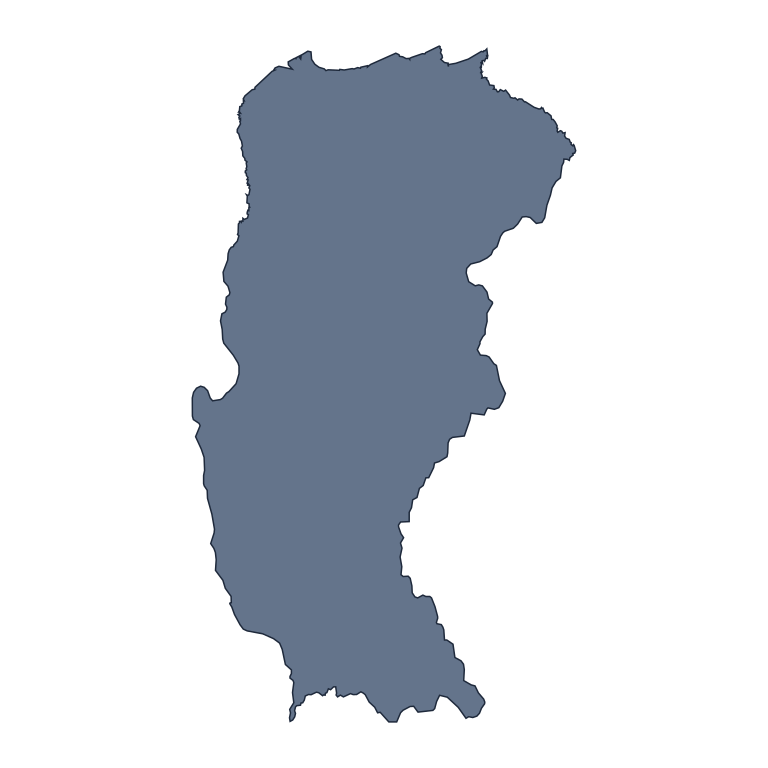 outline of Rioverde, Esmeraldas, Ecuador
{"feature_id": "8360857B16857875434642", "entity_name": "Rioverde", "entity_type": "district", "adm_level": 2, "iso_a3": "ECU", "parent_name": "Ecuador", "parent_adm1": "Esmeraldas", "projection": "equal_earth", "projection_center": [-79.313, 0.83], "detail": "fine", "context": "isolated", "style": "filled", "palette": "slate", "viewbox_px": 768, "rotation_deg": 0, "n_neighbors": 0, "source": "geoboundaries", "source_scale": "gbopen_adm2", "svg_char_len": 6016}
<svg xmlns="http://www.w3.org/2000/svg" viewBox="0 0 768 768"><path d="M487.5,54.8L486.8,48.9L484.9,50.9L484.0,50.7L483.1,51.8L481.4,51.4L468.3,59.1L455.8,63.3L448.2,64.6L448.5,66.6L447.9,64.5L448.2,63.2L444.4,62.5L440.8,59.3L442.4,57.7L442.0,55.2L440.5,52.9L441.4,49.6L440.0,48.4L440.1,46.6L439.2,46.1L425.6,52.7L424.9,53.9L422.4,53.7L411.9,57.3L409.7,58.3L409.7,59.4L408.9,58.4L406.1,58.6L402.7,56.8L399.5,56.3L399.0,54.7L395.8,53.2L370.5,64.5L367.5,67.0L367.6,65.8L368.4,65.5L360.8,67.2L360.5,68.2L357.6,67.6L354.0,69.0L352.2,68.6L344.2,70.0L339.8,69.4L339.4,70.3L328.1,69.8L325.9,70.6L324.3,68.9L319.0,67.3L314.8,64.2L311.6,59.4L311.0,51.9L307.8,51.2L301.2,55.2L300.7,59.0L299.5,57.4L300.2,55.6L295.9,57.8L296.0,58.6L294.5,58.4L288.2,61.9L288.4,64.9L292.3,69.2L278.9,66.3L275.1,67.9L273.7,70.1L274.6,70.2L272.0,71.4L255.0,87.3L254.8,89.2L252.2,89.7L245.0,95.8L243.2,98.9L244.2,100.8L243.4,100.7L243.5,103.2L241.9,104.0L241.8,105.9L239.8,106.6L239.4,110.5L238.6,112.1L239.6,112.0L240.3,113.0L239.7,112.8L239.6,113.7L238.0,114.6L239.8,116.0L238.9,117.3L239.3,119.1L240.5,118.5L240.5,120.8L239.8,121.2L240.5,123.9L237.3,129.4L237.2,132.2L238.8,134.0L240.0,138.4L241.5,141.1L242.4,146.0L241.2,148.2L242.6,151.5L242.8,155.8L244.8,158.4L245.0,160.2L247.0,161.9L246.2,162.9L246.8,166.6L246.1,168.8L246.7,169.9L245.3,171.0L245.3,172.7L246.3,173.3L246.4,175.4L248.0,177.7L246.9,179.6L248.2,179.9L247.1,183.2L247.7,183.4L247.6,185.2L248.2,185.3L248.6,184.1L249.8,185.7L248.9,187.9L250.0,189.3L248.9,194.7L247.9,195.4L246.5,194.7L247.3,196.1L246.9,202.8L249.1,203.9L249.1,206.2L249.7,207.2L248.9,207.4L248.8,210.6L247.9,210.2L247.2,212.3L247.1,213.9L248.4,214.7L247.5,218.0L244.4,219.4L242.9,218.3L242.9,221.2L241.9,221.0L241.4,222.1L241.0,221.2L239.5,221.4L239.6,222.6L238.4,224.0L238.1,233.0L237.5,234.5L238.9,235.8L237.3,241.2L233.9,244.9L233.4,246.6L231.2,247.3L229.3,249.8L228.1,253.7L227.7,260.1L223.1,272.2L223.9,281.4L228.0,286.2L229.9,292.6L229.3,294.8L226.3,297.2L225.5,304.1L226.9,307.2L226.8,309.5L225.1,312.2L221.9,313.8L220.5,320.9L222.2,329.5L222.7,339.0L223.8,343.2L233.3,355.2L238.0,363.0L239.0,366.1L239.0,373.8L236.1,383.7L228.9,391.6L226.5,393.1L222.6,398.2L220.3,399.6L212.6,400.8L210.2,398.0L207.6,390.7L204.2,387.3L200.6,386.2L196.5,388.2L193.6,392.3L192.3,397.9L192.4,416.1L193.4,419.6L199.1,423.4L200.1,425.7L195.6,436.7L201.3,449.1L204.1,457.4L204.6,470.4L203.6,475.5L203.6,483.6L204.2,485.8L207.2,490.3L207.5,498.3L211.9,514.2L214.5,529.2L214.1,533.0L210.7,543.6L213.9,548.4L215.4,552.5L216.2,559.8L215.5,570.4L222.9,580.3L225.3,588.3L231.1,596.4L231.3,602.7L230.1,602.9L229.8,603.7L231.8,607.0L234.5,614.5L240.1,624.8L243.3,629.1L247.2,630.9L262.7,633.8L273.5,638.6L279.6,643.1L282.2,649.3L285.4,664.5L291.4,669.9L291.4,673.6L290.0,676.4L290.0,678.1L293.0,680.4L293.8,682.6L292.5,692.6L293.8,702.7L289.7,709.4L290.5,712.9L289.5,717.8L290.1,721.4L292.7,720.0L294.7,716.9L295.5,713.4L294.6,710.8L295.5,706.9L296.7,705.7L300.5,705.2L301.0,703.0L302.7,702.8L304.3,700.1L305.3,696.0L308.5,694.5L311.1,694.7L316.4,692.2L318.7,692.7L322.6,695.7L323.6,694.9L325.1,695.2L325.4,693.3L326.9,692.6L328.4,688.8L330.6,689.7L333.5,686.9L335.7,686.8L336.6,693.2L336.1,695.0L337.6,696.9L340.4,695.1L343.4,696.9L350.5,693.6L353.2,694.6L356.6,694.5L360.9,691.8L363.3,693.1L365.2,694.6L369.2,702.1L374.7,707.2L377.6,712.8L380.2,712.3L388.8,721.9L396.7,721.9L400.6,712.7L403.1,710.2L410.1,706.5L413.7,706.3L418.0,712.1L432.9,710.4L434.7,708.6L436.6,701.5L439.6,695.3L447.3,697.2L458.2,707.3L466.0,718.3L468.7,716.7L472.8,717.5L476.9,716.1L479.5,713.2L481.5,708.2L484.6,703.8L484.8,702.1L483.7,699.1L478.4,692.9L475.0,685.9L471.2,684.9L463.7,680.6L464.3,669.6L463.5,664.2L461.0,660.8L454.9,657.5L453.0,644.2L446.8,640.0L444.5,640.0L443.8,629.9L442.9,627.2L441.3,624.6L436.9,623.7L436.4,622.4L437.7,618.2L437.6,616.4L435.0,606.7L431.5,597.9L429.8,596.5L425.8,596.5L422.9,595.1L417.7,597.9L414.9,596.9L412.2,592.8L411.9,585.9L410.2,578.3L408.2,576.2L403.1,576.5L401.0,574.7L401.8,566.7L400.1,557.0L402.0,548.1L400.5,543.0L403.6,537.7L401.0,533.8L398.6,527.0L398.5,525.0L400.6,522.0L409.2,521.6L409.2,512.3L411.5,507.7L412.7,499.8L417.0,497.5L419.4,488.4L423.2,485.5L425.9,477.8L428.7,477.7L433.6,467.7L434.5,463.0L439.1,461.6L447.0,456.7L447.7,453.0L448.1,442.9L449.6,439.3L452.4,437.4L464.3,436.0L469.8,420.0L471.0,413.2L484.2,414.9L486.8,409.1L488.0,407.9L494.4,409.3L498.8,407.7L502.7,401.2L505.4,393.4L499.5,380.7L496.4,365.4L493.8,363.7L489.1,357.0L486.2,355.6L480.4,355.1L477.3,349.7L480.0,343.7L479.9,341.9L482.8,336.6L485.1,334.1L485.2,329.2L487.1,321.4L486.9,313.3L492.5,303.5L492.4,302.1L488.6,299.0L487.0,292.1L482.4,285.9L478.8,284.9L475.2,285.8L468.7,281.7L466.2,273.0L466.7,268.4L470.7,264.0L479.7,261.7L487.1,257.9L491.2,254.5L493.1,250.0L497.0,246.7L500.5,236.4L502.8,232.9L504.6,231.3L513.4,228.2L517.6,224.1L522.2,217.0L526.2,216.6L530.2,217.5L536.3,223.4L541.9,222.4L544.7,217.8L546.9,205.3L550.4,195.3L552.1,187.9L556.0,181.4L560.4,177.8L561.9,165.9L563.6,162.4L563.9,159.1L567.2,159.3L569.3,160.4L569.9,157.6L573.2,155.0L572.7,153.5L574.7,153.1L575.7,150.7L574.1,145.3L573.4,144.6L572.8,145.8L571.1,144.5L571.2,142.7L570.2,142.1L569.2,139.4L566.1,138.3L564.6,136.1L565.1,132.6L562.9,133.1L561.7,131.2L560.4,130.7L557.8,132.3L557.1,131.0L557.7,128.3L556.7,127.8L557.2,125.8L555.1,121.9L553.2,119.5L551.7,119.4L551.0,115.8L547.2,112.7L545.5,112.9L544.6,112.1L542.9,108.1L542.1,108.4L541.5,107.5L540.5,108.8L538.9,109.0L534.1,107.3L525.5,101.8L524.5,101.9L521.9,99.1L519.0,98.9L517.6,100.0L515.0,97.8L513.9,98.3L510.5,97.5L509.5,95.1L505.6,90.1L503.7,91.3L500.3,89.6L498.7,91.7L497.4,91.8L496.0,89.4L493.4,89.1L494.3,87.8L493.9,85.6L489.6,85.0L488.1,80.9L486.5,79.2L486.9,78.0L484.9,77.3L481.7,78.1L482.3,76.3L481.2,73.3L482.1,72.2L480.9,72.3L481.7,70.8L480.2,67.5L480.6,66.8L480.9,68.2L481.3,67.7L481.5,64.2L480.9,62.6L481.6,62.1L482.6,63.3L482.2,60.7L483.9,60.4L484.6,61.2L485.7,58.4L487.3,58.5L487.7,56.0L486.7,56.4L486.5,55.7L487.5,54.8Z" fill="#64748b" stroke="#1e293b" stroke-width="1.5"/></svg>